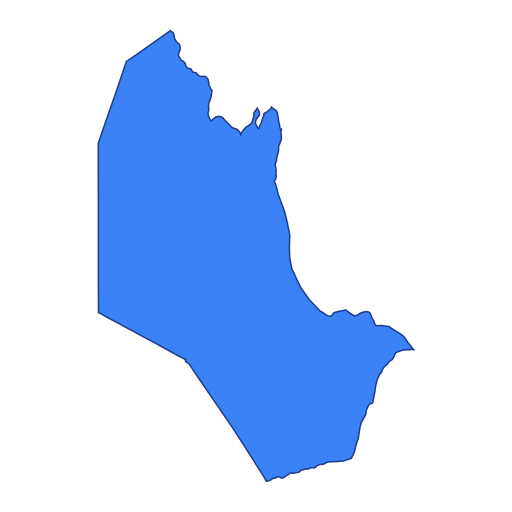 the district of Mandera West, North-Eastern, Kenya
{"feature_id": "3690345B48276245407304", "entity_name": "Mandera West", "entity_type": "district", "adm_level": 2, "iso_a3": "KEN", "parent_name": "Kenya", "parent_adm1": "North-Eastern", "projection": "equal_earth", "projection_center": [40.274, 3.456], "detail": "fine", "context": "isolated", "style": "filled", "palette": "blue", "viewbox_px": 512, "rotation_deg": 0, "n_neighbors": 0, "source": "geoboundaries", "source_scale": "gbopen_adm2", "svg_char_len": 6028}
<svg xmlns="http://www.w3.org/2000/svg" viewBox="0 0 512 512"><path d="M170.3,30.7L135.2,55.5L128.9,59.8L126.4,61.5L117.1,89.0L109.2,111.6L103.5,128.0L100.3,137.5L98.3,143.0L98.3,161.9L98.3,176.2L98.3,180.9L98.4,199.5L98.4,235.2L98.4,245.9L98.4,253.1L98.4,264.1L98.4,273.2L98.4,292.4L98.5,308.6L98.5,311.1L98.5,312.8L98.9,312.8L99.3,312.9L101.0,313.7L106.2,316.8L119.3,323.8L130.8,330.0L143.8,337.1L154.8,342.9L166.2,349.2L177.0,355.2L178.2,355.8L185.5,359.6L185.5,361.4L189.0,363.8L194.3,371.7L200.7,381.3L207.8,391.6L213.4,399.8L220.0,409.3L221.3,411.3L226.8,419.4L233.3,428.9L238.8,437.5L245.1,447.2L250.0,454.8L256.3,464.8L264.1,477.2L265.9,480.3L266.2,481.3L267.8,481.0L269.3,480.6L270.8,479.9L272.2,478.9L273.1,478.3L274.6,478.2L275.8,477.8L277.3,477.0L277.6,476.9L278.5,476.7L279.3,477.0L279.6,477.1L280.1,477.4L280.6,477.6L280.9,477.8L281.8,478.1L282.6,478.1L283.8,477.5L285.2,476.5L286.1,475.9L286.8,475.4L287.9,474.8L289.1,473.9L289.8,473.5L290.5,473.0L291.4,472.9L292.6,473.3L293.7,473.1L294.5,473.0L296.1,472.7L297.1,472.5L298.5,472.3L299.3,471.9L299.9,471.4L300.5,470.9L301.5,470.2L302.1,469.9L302.9,469.9L303.6,469.7L304.7,469.1L306.0,469.1L307.6,469.1L308.6,468.9L309.8,468.1L310.5,467.8L312.9,467.8L313.2,467.8L313.7,467.9L314.4,467.8L315.4,467.4L316.1,466.8L316.8,465.7L318.3,465.2L319.2,464.8L320.1,464.5L320.8,464.4L322.0,464.3L323.0,464.3L323.5,464.2L323.9,464.0L324.5,463.7L324.8,463.5L325.9,463.0L327.2,462.3L328.2,462.1L329.4,461.8L333.3,461.7L335.7,461.6L338.0,461.5L338.7,461.3L339.1,461.2L339.8,461.2L341.5,461.2L342.9,461.1L343.7,460.9L344.3,460.7L344.8,460.5L345.5,460.2L345.9,460.1L347.4,459.6L348.9,459.1L350.0,458.8L351.5,458.4L351.7,457.4L353.7,453.5L354.6,451.3L356.2,444.5L358.3,438.2L359.4,431.1L359.9,427.5L361.4,422.2L362.1,421.1L363.0,419.5L364.0,417.7L364.6,416.7L365.3,415.5L365.8,414.3L366.0,412.8L366.1,411.2L366.4,409.9L366.9,408.9L367.5,407.5L368.4,405.8L369.1,404.5L370.1,403.8L371.4,403.6L372.3,403.2L373.0,402.0L373.1,400.5L373.5,398.5L373.8,396.8L374.5,393.4L375.0,390.7L375.4,387.9L375.9,384.7L376.6,382.2L377.3,379.4L378.1,377.8L378.8,376.2L379.4,374.9L379.6,374.5L380.0,374.0L380.5,373.4L381.0,372.9L381.3,372.5L381.9,371.3L382.4,369.6L383.5,367.9L384.3,367.0L385.2,365.8L386.7,364.8L387.8,363.7L388.4,362.6L389.1,361.7L390.1,360.9L391.4,360.1L392.5,359.2L393.3,357.7L394.0,356.7L394.6,354.7L395.6,353.0L396.9,352.2L399.2,351.3L401.6,350.4L403.5,350.1L405.9,349.8L408.2,349.8L410.5,349.5L412.3,349.5L413.7,349.6L412.1,347.9L408.1,342.8L403.8,336.5L400.9,334.2L392.3,328.9L389.0,326.5L385.7,326.1L381.0,325.5L377.3,325.8L375.3,325.1L373.4,320.1L372.5,318.9L371.7,317.2L371.0,315.0L369.8,312.6L367.7,311.7L365.6,311.7L363.7,312.0L361.4,312.7L359.2,313.9L357.4,315.2L357.1,315.4L354.7,315.9L351.4,314.0L348.6,312.2L346.6,310.4L345.6,310.0L344.5,310.2L342.5,310.7L340.1,311.1L337.4,311.7L334.7,312.5L333.5,313.1L332.5,314.6L331.6,315.9L330.1,316.2L328.6,316.2L326.6,315.1L324.4,313.6L322.3,312.2L320.3,311.2L309.5,300.0L301.4,288.5L300.6,287.4L291.8,268.7L290.2,260.5L289.7,257.6L289.4,247.0L289.8,235.4L287.3,222.7L284.7,212.0L278.7,195.5L278.1,194.4L278.0,193.8L277.9,193.2L277.4,190.9L276.9,188.5L276.0,186.1L275.7,184.5L275.5,184.0L275.3,183.5L274.5,182.4L274.3,182.1L274.4,180.7L275.1,180.2L275.9,178.4L276.0,177.7L276.2,176.4L276.2,175.8L276.2,175.2L276.0,173.8L276.0,173.4L276.0,172.9L276.0,172.0L276.0,171.6L276.1,171.2L276.1,170.3L276.0,169.0L275.7,167.6L275.3,165.8L275.3,165.1L275.3,164.5L275.4,163.6L275.5,163.2L275.7,162.8L276.2,161.7L276.5,161.1L276.5,160.5L276.6,159.3L276.7,157.7L277.0,156.4L277.9,153.3L278.1,152.7L278.2,152.1L278.5,150.7L278.6,150.1L278.6,149.6L278.6,148.4L278.6,146.5L278.9,145.5L279.1,145.0L279.3,144.6L279.9,143.6L280.3,142.0L281.0,140.5L281.4,139.0L281.4,137.5L281.3,135.5L281.0,133.4L280.8,132.0L280.9,131.4L281.1,130.8L281.6,129.3L281.3,129.0L280.7,128.7L280.2,128.3L280.0,128.0L279.7,127.0L279.6,125.5L279.4,124.2L278.9,122.5L278.5,120.0L278.2,118.1L277.9,116.2L277.6,114.5L277.3,112.6L276.6,111.1L275.3,109.9L274.9,109.6L274.5,109.3L273.4,108.6L271.3,107.0L271.0,108.2L269.6,109.8L268.8,110.2L268.2,110.8L267.4,111.4L266.7,112.1L266.1,112.3L265.4,112.9L264.5,113.0L263.9,113.6L263.8,115.9L262.5,118.6L262.2,119.9L261.2,122.6L261.0,123.7L260.2,125.1L259.6,125.9L259.4,127.0L259.1,127.9L258.5,128.5L257.9,128.0L257.6,127.5L257.3,127.0L256.7,125.6L255.7,124.1L255.5,122.5L255.8,120.3L256.4,119.0L257.9,117.1L259.4,115.2L259.6,113.0L258.9,111.1L257.9,109.5L257.2,108.1L256.6,109.1L255.9,110.2L254.7,111.6L253.9,113.1L253.9,115.1L253.7,116.8L253.2,118.2L252.2,121.6L251.2,123.5L249.1,125.2L246.0,127.2L244.1,129.1L242.2,131.7L241.4,133.3L240.8,134.6L240.1,132.8L239.2,131.5L238.1,130.4L237.1,129.4L235.8,128.7L234.4,128.4L232.5,127.7L231.5,127.2L230.3,125.6L229.4,124.7L228.2,124.0L227.2,122.5L224.4,119.7L222.8,117.7L221.2,116.8L219.4,116.4L217.6,116.5L215.7,117.1L214.7,117.8L213.7,118.6L212.8,119.2L212.1,120.2L211.3,121.0L210.5,120.2L209.5,118.6L208.8,116.8L208.1,114.0L208.1,112.2L208.6,110.7L208.8,109.6L208.7,108.1L208.5,106.1L208.7,104.7L208.9,102.9L209.5,101.5L210.3,99.4L211.0,97.1L211.3,95.4L211.5,93.7L211.8,92.5L212.0,90.5L210.9,89.2L210.2,87.6L209.8,86.6L208.9,85.2L208.8,83.6L208.7,82.0L208.3,80.7L208.1,79.5L207.0,77.9L205.9,77.0L204.6,76.2L203.6,76.5L202.1,76.4L201.4,76.3L200.3,76.5L199.4,76.1L198.5,75.4L197.2,74.2L196.3,72.9L195.3,72.6L194.6,72.4L194.1,72.3L193.6,72.3L193.3,72.2L192.5,71.7L191.8,70.5L191.6,70.0L191.3,69.5L190.7,68.8L189.1,68.7L188.0,68.1L187.0,67.6L186.5,67.0L186.1,66.2L185.4,65.2L185.4,64.4L185.4,63.6L184.8,63.0L184.1,62.2L183.6,61.4L182.9,61.1L182.2,60.8L181.5,60.5L181.2,60.4L180.8,59.9L180.4,59.3L180.3,58.9L180.0,57.7L178.9,56.4L178.2,55.0L178.7,53.2L178.8,52.9L178.9,52.5L179.5,51.3L180.1,49.4L180.3,48.0L180.0,46.7L179.8,45.4L179.3,44.2L178.5,43.3L177.5,43.1L176.8,42.2L176.5,41.7L176.2,41.3L175.7,40.4L175.3,39.5L174.5,38.6L174.4,37.7L174.3,37.1L174.3,36.5L174.0,35.5L173.9,34.9L173.5,33.5L173.0,32.5L172.0,31.8L170.8,31.3L170.3,30.7Z" fill="#3b82f6" stroke="#1e3a8a" stroke-width="1.5"/></svg>